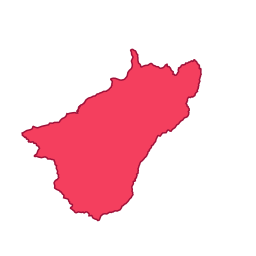 the district of Chiang Klang, Nan, Thailand, rotated 324°
{"feature_id": "78962969B24859706501425", "entity_name": "Chiang Klang", "entity_type": "district", "adm_level": 2, "iso_a3": "THA", "parent_name": "Thailand", "parent_adm1": "Nan", "projection": "albers", "projection_center": [100.906, 19.299], "detail": "fine", "context": "isolated", "style": "filled", "palette": "rose", "viewbox_px": 256, "rotation_deg": 324, "n_neighbors": 0, "source": "geoboundaries", "source_scale": "gbopen_adm2", "svg_char_len": 5757}
<svg xmlns="http://www.w3.org/2000/svg" viewBox="0 0 256 256"><g transform="rotate(324 128 128)"><path d="M197.0,99.3L195.0,99.1L193.8,99.7L191.7,99.8L189.7,99.0L188.9,98.3L188.5,96.3L186.8,94.8L186.3,93.3L185.4,92.5L185.1,90.2L184.7,89.4L183.9,89.0L180.9,88.9L178.9,87.6L177.0,87.0L175.1,86.7L174.5,86.3L174.4,85.8L174.9,85.0L175.1,83.9L175.1,83.2L174.8,82.2L174.8,81.4L175.8,79.0L177.3,77.0L177.8,75.8L178.9,74.5L178.7,73.0L179.3,70.7L179.3,70.0L178.4,68.5L178.1,67.3L177.8,67.0L176.8,66.5L175.9,66.6L175.7,66.9L175.4,68.6L174.3,70.4L174.0,71.2L173.9,73.0L173.5,73.8L170.7,75.4L170.1,75.8L168.9,79.0L167.7,80.6L165.8,81.9L162.9,82.2L160.6,83.0L158.3,85.1L157.1,85.8L153.9,86.5L152.9,86.3L151.0,85.5L149.8,84.6L147.0,80.4L145.3,79.0L143.3,78.2L142.8,78.3L142.6,78.6L142.7,81.0L142.3,81.6L140.7,83.0L140.0,84.1L139.2,84.3L138.6,85.0L137.6,85.0L136.9,85.3L136.1,85.3L135.1,85.7L133.1,85.4L132.2,85.6L129.7,84.0L127.7,83.8L125.5,83.1L124.3,83.1L123.0,82.3L120.4,82.8L118.5,81.8L116.1,81.5L114.1,80.7L112.5,80.5L109.9,80.7L109.5,81.2L108.9,81.3L108.7,81.6L108.0,81.6L107.5,82.0L106.8,81.9L106.6,82.2L105.9,82.0L104.7,82.2L103.7,81.7L103.2,81.7L101.9,82.3L101.8,82.0L101.6,82.2L101.4,82.1L101.2,82.4L100.8,82.1L100.7,82.4L99.9,82.5L99.7,82.9L99.8,83.2L99.1,83.3L98.3,84.1L98.0,83.9L97.7,84.2L97.2,84.1L96.5,84.3L96.6,84.7L97.2,85.2L96.0,85.6L95.9,86.2L94.9,85.5L94.2,84.4L93.5,83.9L89.7,81.9L88.3,81.5L88.0,81.2L87.5,81.2L87.0,80.5L85.5,81.6L84.5,82.0L84.2,82.2L81.8,82.1L80.5,81.7L77.9,82.0L76.0,82.8L75.4,82.8L71.7,80.2L69.9,79.9L67.7,78.1L67.1,78.1L65.9,78.7L65.4,78.6L59.4,76.0L55.2,74.8L54.2,73.9L53.5,73.0L52.3,71.0L51.9,71.0L50.4,72.1L49.6,72.3L48.1,72.0L44.5,70.5L40.8,70.2L39.3,69.9L39.2,70.9L38.4,71.4L38.3,71.8L38.8,73.5L39.0,74.9L39.8,75.2L39.9,75.5L39.9,76.1L39.5,76.6L39.5,77.5L40.1,77.8L40.4,78.5L40.4,79.7L39.5,80.2L39.5,81.0L40.3,81.4L41.1,82.5L42.0,82.7L43.0,83.3L42.9,83.9L43.2,84.3L42.9,84.7L42.9,85.1L44.2,86.1L44.5,86.7L43.8,88.4L44.3,88.7L44.4,89.5L44.9,90.5L44.5,91.3L44.6,92.2L44.3,92.6L43.1,92.8L41.8,93.4L39.0,95.3L36.3,95.3L35.8,95.6L35.7,96.0L36.1,96.5L37.6,97.3L37.9,98.0L39.0,99.5L39.8,100.2L40.3,101.0L44.0,102.6L45.0,104.5L44.8,105.5L44.8,105.8L47.1,107.5L47.6,108.5L48.4,109.1L49.1,110.1L49.4,110.8L48.8,111.5L48.8,112.5L47.6,114.5L47.6,115.3L48.1,116.4L47.4,117.0L47.0,117.7L46.2,118.6L46.1,119.9L45.6,121.7L44.0,123.1L44.3,125.0L43.8,125.4L43.0,126.5L42.8,127.4L40.8,128.0L40.2,128.1L39.7,127.8L38.0,127.9L36.2,128.7L35.8,129.1L34.8,131.8L33.5,133.2L33.4,133.8L33.8,134.5L33.9,135.3L35.8,138.5L35.7,139.8L36.2,140.3L36.3,140.9L36.2,142.9L36.6,144.0L36.6,144.8L35.3,146.3L34.9,146.6L37.4,149.8L37.7,150.6L37.6,151.3L37.1,152.2L37.3,153.5L36.8,154.0L36.7,154.5L36.9,155.5L37.9,156.9L37.9,157.5L37.2,158.3L36.0,158.9L35.4,158.6L34.8,158.7L34.3,159.2L35.1,161.3L35.2,162.3L35.6,163.1L35.5,164.4L35.6,165.1L36.0,165.9L36.4,166.2L38.5,166.7L40.6,168.9L42.2,169.6L42.3,169.8L42.4,170.6L42.7,171.0L44.7,171.1L45.5,172.0L45.9,173.3L46.0,174.6L45.6,175.3L44.8,176.0L45.7,176.7L46.9,177.2L47.2,177.6L46.8,179.7L46.8,180.3L47.9,182.4L49.0,183.6L49.1,185.0L50.0,185.5L50.8,185.5L54.3,183.2L57.1,183.0L58.7,183.6L60.4,185.1L63.4,185.3L64.0,185.6L64.8,186.5L65.9,186.7L66.7,187.2L68.1,187.2L69.3,187.7L70.4,188.8L73.6,189.5L76.0,188.6L77.0,187.7L78.6,187.9L80.3,187.6L81.9,187.9L85.1,187.3L87.6,186.4L89.8,186.2L90.8,185.5L92.8,184.9L93.0,184.6L93.2,183.7L94.0,182.9L94.0,181.7L95.4,180.2L96.2,178.3L96.6,177.7L99.5,176.3L99.9,175.9L100.3,175.1L100.8,174.5L101.1,174.4L102.0,174.9L102.9,175.0L103.1,174.7L103.1,174.0L103.8,173.8L104.1,173.2L105.5,173.2L106.2,172.4L107.3,171.8L107.9,170.4L108.4,170.4L109.1,170.6L109.7,170.3L110.7,168.9L111.4,168.4L112.2,166.8L112.9,166.5L114.9,164.9L115.8,164.5L116.6,163.7L118.4,162.8L120.5,162.8L123.2,162.2L124.2,161.8L125.2,161.9L125.7,161.6L126.7,161.5L127.5,160.9L128.9,160.3L130.3,159.0L131.5,159.0L132.3,158.6L132.5,158.1L135.0,157.6L136.3,156.8L136.6,156.2L138.7,156.4L139.8,155.7L142.4,155.1L144.0,153.7L147.3,151.9L147.7,151.8L148.2,152.0L149.1,153.3L149.4,153.5L152.5,152.4L153.2,152.4L156.1,154.2L158.5,153.1L159.0,153.1L159.7,153.6L160.0,154.9L160.9,155.9L163.0,155.2L166.3,155.3L169.4,154.1L170.8,154.4L171.8,154.3L173.1,153.7L174.3,153.7L174.9,153.4L177.1,153.7L178.1,153.3L179.7,152.9L181.2,153.5L181.8,153.5L182.4,153.7L183.3,153.5L185.0,152.7L185.6,151.9L186.2,151.5L186.4,150.2L187.9,149.7L188.7,148.5L188.8,148.1L188.7,147.0L189.2,146.0L188.7,145.0L189.3,144.0L189.3,142.3L189.9,142.0L190.5,142.0L191.1,141.2L192.1,141.0L192.5,140.2L193.3,139.4L194.5,138.9L195.4,138.8L195.6,139.2L196.1,139.6L196.3,140.0L197.1,140.0L197.5,140.2L198.1,140.1L198.4,140.8L198.6,141.0L200.2,140.9L200.7,141.1L201.2,141.0L201.9,140.5L202.1,140.0L203.7,139.4L205.8,139.2L206.0,138.3L207.0,137.7L208.0,137.3L208.6,136.4L209.1,136.3L209.2,135.8L209.9,135.5L210.4,135.1L210.9,133.9L211.7,133.7L212.9,132.8L213.6,132.5L214.2,130.7L215.1,130.3L215.6,129.7L217.0,128.8L217.7,128.0L218.7,127.6L219.3,126.2L221.6,123.2L221.7,122.6L220.8,122.2L220.7,121.7L222.0,120.1L222.6,119.1L222.2,118.1L222.2,117.3L222.0,116.9L222.2,116.4L222.1,115.8L222.4,114.9L222.2,114.4L222.3,114.0L221.8,113.5L222.0,112.1L221.6,111.7L221.0,111.7L220.3,112.2L219.6,112.1L219.3,112.0L219.2,111.3L218.9,111.1L217.8,110.9L216.4,110.9L216.0,110.4L214.3,110.5L212.9,109.4L212.1,110.0L211.3,110.1L210.9,109.7L210.1,109.7L209.5,109.1L209.0,108.9L208.1,108.7L206.4,109.6L206.0,109.4L205.3,109.6L204.6,109.2L204.2,109.2L204.0,109.8L203.3,110.0L202.6,110.8L202.0,112.2L200.8,112.4L200.0,113.0L197.9,113.5L196.9,112.9L197.0,111.8L196.3,111.4L196.0,111.0L197.6,109.1L196.9,106.9L197.5,104.4L197.3,103.5L197.3,102.5L197.0,102.2L196.4,102.0L196.0,101.1L196.2,100.7L196.8,100.2L197.0,99.3Z" fill="#f43f5e" stroke="#9f1239" stroke-width="1.5"/></g></svg>